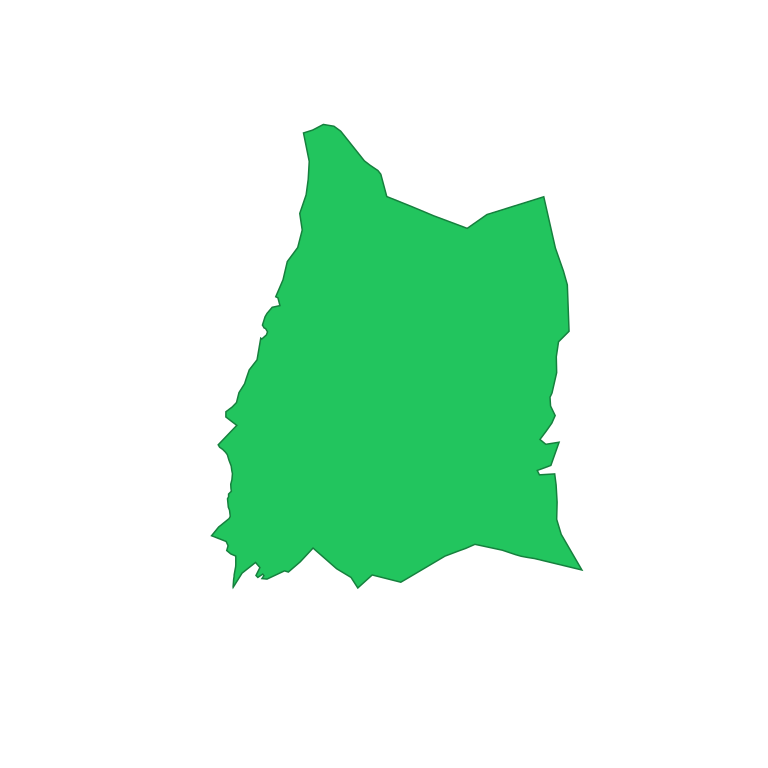 outline of Gubio, Borno, Nigeria, rotated 331°
{"feature_id": "59680162B83800309048446", "entity_name": "Gubio", "entity_type": "district", "adm_level": 2, "iso_a3": "NGA", "parent_name": "Nigeria", "parent_adm1": "Borno", "projection": "albers", "projection_center": [12.673, 12.672], "detail": "fine", "context": "isolated", "style": "filled", "palette": "green", "viewbox_px": 768, "rotation_deg": 331, "n_neighbors": 0, "source": "geoboundaries", "source_scale": "gbopen_adm2", "svg_char_len": 1875}
<svg xmlns="http://www.w3.org/2000/svg" viewBox="0 0 768 768"><g transform="rotate(331 384 384)"><path d="M153.5,488.7L168.2,480.6L185.1,477.8L186.5,484.4L179.2,489.4L179.9,492.0L185.8,491.5L186.1,493.4L182.9,495.0L187.1,497.9L206.4,499.2L209.2,502.1L224.6,498.9L242.4,493.1L253.0,522.6L261.4,537.2L262.2,549.7L281.1,545.3L302.6,565.5L307.7,565.4L353.9,564.1L369.0,566.3L375.8,567.4L385.8,568.3L406.9,586.7L413.1,593.5L416.4,597.1L420.5,601.2L425.6,605.4L431.0,609.6L466.9,642.6L466.1,601.4L469.4,586.1L478.1,571.3L485.6,555.7L489.7,545.4L475.9,538.8L476.1,533.9L490.5,536.1L508.9,519.8L496.3,515.2L493.5,508.1L502.7,504.0L511.8,499.6L513.9,498.0L518.4,494.6L519.0,484.0L522.8,476.0L525.3,474.3L525.9,473.8L526.6,473.3L540.5,457.8L547.9,443.7L557.1,431.7L571.4,427.6L592.4,386.2L595.7,372.2L599.8,348.2L614.5,297.7L556.2,285.7L532.2,288.2L509.1,261.1L494.2,242.2L477.3,221.4L482.9,199.0L482.2,194.5L477.7,185.6L475.0,179.3L468.7,141.9L465.2,134.3L456.8,127.6L444.6,127.3L435.3,125.4L426.5,153.1L416.9,168.3L407.6,180.8L393.0,194.0L387.1,209.7L374.7,222.8L358.8,230.0L346.2,243.9L331.6,255.2L333.0,257.2L331.0,265.0L323.4,262.7L316.0,265.5L312.6,267.5L306.2,273.6L306.3,274.6L306.3,276.8L307.3,278.1L307.4,281.9L304.9,284.1L298.9,285.4L298.4,284.2L284.7,301.3L273.0,306.3L266.0,312.6L262.2,316.2L253.0,321.2L246.0,328.7L240.2,330.5L232.3,331.6L229.7,336.2L235.2,348.8L209.5,356.8L209.6,359.6L211.2,363.0L212.3,366.8L212.7,369.9L211.5,375.3L210.6,381.6L208.9,386.0L208.0,388.9L204.5,394.1L201.4,397.3L199.6,401.0L198.5,403.8L194.7,404.9L193.4,407.3L191.5,408.5L188.1,416.3L187.7,419.5L185.4,425.2L183.3,426.6L178.2,427.5L170.1,428.9L159.6,433.1L169.6,445.2L169.2,449.9L165.7,453.4L167.6,458.3L170.9,462.6L170.2,464.0L168.3,467.4L167.1,469.6L165.8,471.7L160.4,478.3L159.5,479.8L157.9,481.8L153.6,488.4L153.5,488.7Z" fill="#22c55e" stroke="#15803d" stroke-width="1.5"/></g></svg>